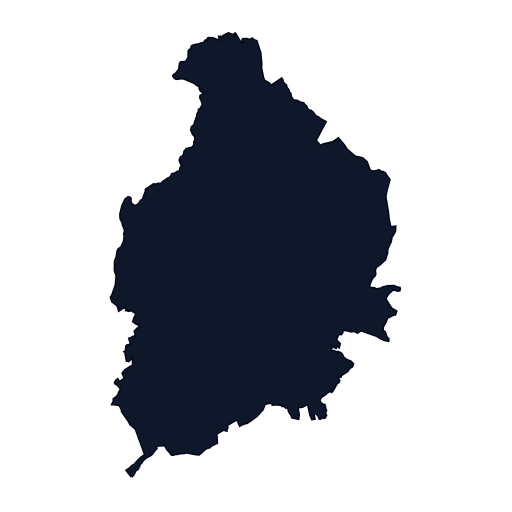 Brusturi, Bihor, Romania (Equal Earth projection), rotated 271°
{"feature_id": "2599482B67596025009849", "entity_name": "Brusturi", "entity_type": "district", "adm_level": 2, "iso_a3": "ROU", "parent_name": "Romania", "parent_adm1": "Bihor", "projection": "equal_earth", "projection_center": [22.262, 47.138], "detail": "fine", "context": "isolated", "style": "filled", "palette": "ink", "viewbox_px": 512, "rotation_deg": 271, "n_neighbors": 0, "source": "geoboundaries", "source_scale": "gbopen_adm2", "svg_char_len": 6081}
<svg xmlns="http://www.w3.org/2000/svg" viewBox="0 0 512 512"><g transform="rotate(271 256 256)"><path d="M471.3,253.1L472.2,250.6L473.9,248.5L472.5,246.1L473.4,242.4L473.0,241.3L473.3,239.1L472.2,238.3L471.0,238.4L469.7,239.5L468.5,238.5L471.6,235.9L478.1,232.0L478.7,231.1L477.0,229.2L478.0,226.1L478.8,224.8L476.4,220.0L474.9,218.1L475.1,214.8L471.1,215.5L473.5,209.1L473.6,204.7L473.2,203.7L470.4,203.1L471.3,202.0L470.9,201.4L468.2,199.4L468.3,197.5L467.1,195.1L466.2,190.1L464.9,187.6L462.3,187.1L460.7,185.0L459.9,184.6L453.4,184.6L449.9,182.6L449.3,181.4L448.9,177.4L448.4,176.7L447.1,176.1L441.4,175.4L437.4,172.4L435.6,170.0L434.6,169.6L432.3,171.0L431.4,172.6L431.2,173.7L431.8,177.5L431.8,180.5L427.6,190.9L425.0,194.3L424.9,195.8L424.2,196.8L423.1,196.0L420.2,197.3L418.7,199.1L418.2,200.9L416.5,199.2L416.1,198.0L415.1,197.0L412.4,197.2L411.2,198.1L406.7,199.7L402.8,197.7L401.6,195.8L399.2,195.8L397.4,194.6L394.0,194.0L388.9,192.2L386.4,191.8L384.1,189.1L380.8,188.5L376.5,190.4L374.0,192.7L370.4,192.9L369.4,191.8L366.5,192.0L363.8,190.3L362.2,184.1L360.2,183.0L359.7,182.2L355.6,181.4L354.6,180.3L353.9,178.7L351.9,177.8L349.8,177.6L344.8,179.8L342.7,178.3L339.8,177.9L339.2,175.7L337.7,173.4L336.8,170.2L334.7,169.4L332.8,167.8L332.8,166.9L328.7,161.1L327.2,159.8L326.7,158.6L327.2,157.4L326.2,155.0L326.4,152.9L326.0,151.3L324.9,150.5L324.6,149.4L322.4,146.7L321.5,144.8L320.6,144.2L318.4,144.1L310.8,141.4L309.4,139.3L306.9,138.0L305.4,136.3L304.6,134.8L304.8,133.0L306.3,131.0L308.6,130.0L311.5,130.1L312.7,129.1L313.0,126.9L310.5,123.9L303.9,121.0L295.5,119.1L292.2,119.3L290.4,119.6L286.7,121.7L284.9,121.8L279.3,124.1L275.4,123.3L273.9,123.8L272.2,123.7L268.6,123.3L264.3,121.5L262.9,120.8L260.3,117.7L257.5,116.8L252.5,116.2L248.6,114.6L239.6,114.6L236.7,115.3L235.7,116.0L233.1,116.4L224.5,115.8L215.1,112.7L212.1,111.1L207.6,112.7L204.7,116.7L203.0,118.3L198.3,119.6L202.6,125.9L201.5,125.8L200.7,126.9L199.6,126.7L200.1,127.3L199.1,127.5L198.4,129.6L198.7,131.0L199.5,131.5L196.6,136.3L195.9,136.7L195.2,136.5L191.9,134.9L188.1,133.9L185.6,137.5L185.3,138.9L183.5,140.8L181.9,138.5L178.8,135.5L174.9,136.6L174.1,136.3L173.4,134.0L171.9,131.8L171.9,130.8L171.5,130.1L165.8,132.0L164.8,128.4L163.8,127.4L159.1,127.1L158.0,125.5L157.1,126.9L155.5,126.8L148.5,128.3L148.7,130.0L148.1,130.7L152.1,134.1L144.9,134.5L140.1,126.9L136.5,124.1L131.5,126.4L128.1,121.6L131.0,120.0L129.8,118.3L128.1,117.2L126.7,116.6L125.3,117.6L125.9,118.3L124.1,119.5L120.7,122.8L118.0,121.3L114.4,120.0L111.7,117.2L111.0,115.8L108.4,115.8L104.8,114.1L104.6,114.4L104.9,116.2L104.0,122.0L98.7,124.5L98.4,124.1L97.7,124.5L87.9,131.5L85.3,132.8L80.8,138.3L55.9,147.9L54.5,146.9L53.6,145.2L49.4,140.9L45.6,137.8L44.4,135.5L41.8,133.0L39.5,129.7L33.5,134.5L34.1,135.0L33.2,136.3L35.4,137.9L40.4,140.4L40.0,141.3L41.3,142.4L43.6,142.8L44.0,143.8L45.1,143.5L46.8,144.6L46.5,145.3L48.1,146.0L50.0,147.5L52.1,149.8L54.4,154.1L56.2,156.1L60.2,158.9L61.6,160.4L63.5,159.6L64.4,162.3L64.5,166.0L65.0,167.7L60.4,170.5L57.0,173.9L56.1,174.0L55.3,175.5L55.3,176.8L56.2,179.1L56.1,180.5L56.8,182.8L57.3,188.1L57.9,189.8L56.2,199.6L56.1,202.8L61.2,208.2L63.0,211.0L63.1,212.4L63.6,213.5L64.6,214.2L65.7,215.8L68.1,220.7L77.3,220.0L81.4,226.9L80.5,228.8L80.4,230.0L81.4,229.6L82.5,230.6L84.2,231.0L84.8,230.5L86.0,230.4L91.7,239.7L85.4,242.6L87.4,246.2L88.7,250.7L89.3,251.0L90.7,253.4L95.6,259.8L102.4,265.8L107.4,267.6L108.2,269.1L109.2,274.3L107.4,274.5L107.1,275.3L107.4,277.6L107.2,283.7L106.0,284.5L106.0,286.6L104.3,288.6L104.6,289.6L103.6,290.6L100.6,291.3L97.6,293.5L94.7,294.8L93.4,301.6L98.5,302.0L102.8,301.1L105.3,301.0L105.2,302.3L105.6,305.2L108.5,310.2L98.0,312.6L93.3,314.6L93.9,317.9L98.6,316.9L99.3,319.0L97.2,320.4L96.9,321.2L94.2,321.8L93.9,323.6L95.7,324.4L94.8,326.0L95.4,326.5L94.9,327.7L97.9,329.4L100.6,328.3L101.9,328.4L102.2,329.2L103.2,329.2L104.8,328.3L106.5,328.2L106.3,327.4L107.7,327.3L108.3,327.8L108.8,327.6L108.8,326.8L108.4,325.9L109.7,325.1L109.5,323.8L111.8,323.2L112.8,322.2L116.2,324.4L117.7,327.0L120.6,330.3L121.8,332.4L120.8,334.0L122.4,335.4L129.5,339.3L131.1,341.3L131.9,341.7L132.6,341.9L136.8,340.3L137.0,341.1L136.2,341.3L136.5,343.4L138.3,343.2L138.4,344.3L142.3,350.1L143.6,350.5L146.2,353.2L146.8,354.5L150.0,355.5L153.0,352.2L153.1,351.1L154.8,347.6L156.4,345.6L159.5,344.0L161.1,342.3L160.9,341.9L162.0,339.9L161.6,338.3L163.0,335.5L162.8,332.5L163.3,332.1L165.2,333.7L167.5,333.3L167.3,334.0L165.9,335.5L164.9,337.7L167.2,338.8L165.5,340.7L169.8,341.9L173.5,338.1L178.0,339.7L178.9,340.6L178.9,343.0L180.8,344.1L183.0,344.4L182.8,348.3L181.7,352.7L182.4,355.3L180.6,358.9L183.0,362.3L177.7,378.2L175.1,382.4L173.9,385.4L172.9,390.2L175.8,390.3L176.4,389.2L177.6,388.4L182.5,386.6L183.7,384.7L186.9,384.4L192.4,387.3L196.4,388.7L196.6,389.7L199.2,394.5L199.5,396.5L203.4,397.8L206.3,392.6L214.3,387.3L215.8,386.8L218.4,388.1L220.7,389.8L223.8,393.0L224.3,394.8L223.3,398.1L223.6,400.4L225.4,400.9L227.2,400.5L227.2,398.8L228.9,394.4L228.6,388.3L227.2,382.9L226.1,381.4L225.3,376.7L226.4,375.1L226.5,372.1L226.9,370.4L228.3,370.3L230.1,370.6L235.7,373.0L237.8,375.2L240.2,376.2L242.7,375.6L245.2,376.0L246.7,376.7L249.2,380.1L254.4,385.6L261.3,387.6L264.3,387.6L267.2,388.5L272.4,390.9L277.1,391.7L282.9,395.1L288.4,395.2L287.7,391.2L288.0,390.2L295.3,388.5L302.7,387.6L317.7,384.8L325.9,386.3L334.5,388.7L336.2,387.7L337.8,386.2L341.2,384.2L342.8,381.6L342.3,380.4L343.8,378.6L344.5,377.0L343.9,376.2L343.0,372.5L343.3,370.2L344.2,368.5L352.2,365.5L356.1,360.9L357.6,353.5L364.4,345.3L368.9,342.3L375.6,336.3L371.7,330.9L369.1,320.7L367.5,318.5L368.4,318.1L372.6,314.2L391.6,323.9L394.2,318.7L396.4,315.7L397.1,313.5L400.7,310.9L402.6,308.7L403.0,306.4L404.4,305.0L406.9,304.1L408.3,302.2L409.7,301.4L410.5,299.5L410.3,298.0L411.4,296.5L412.4,294.3L412.6,291.7L412.9,290.7L416.2,288.4L418.8,288.2L421.2,286.3L422.9,286.0L425.2,284.0L427.3,283.6L430.2,280.4L432.4,279.9L434.5,278.6L427.1,268.2L429.2,266.5L431.8,261.7L434.3,260.5L444.9,258.2L447.7,258.5L459.2,257.3L471.3,253.1Z" fill="#0f172a" stroke="#020617" stroke-width="1.5"/></g></svg>